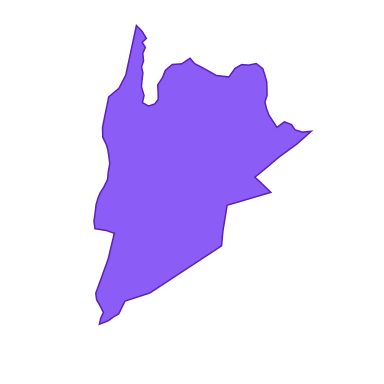 the district of Forquetinha, Rio Grande do Sul, Brazil, rotated 103°
{"feature_id": "56859067B13427255832164", "entity_name": "Forquetinha", "entity_type": "district", "adm_level": 2, "iso_a3": "BRA", "parent_name": "Brazil", "parent_adm1": "Rio Grande do Sul", "projection": "orthographic", "projection_center": [-52.137, -29.38], "detail": "fine", "context": "isolated", "style": "filled", "palette": "violet", "viewbox_px": 384, "rotation_deg": 103, "n_neighbors": 0, "source": "geoboundaries", "source_scale": "gbopen_adm2", "svg_char_len": 1262}
<svg xmlns="http://www.w3.org/2000/svg" viewBox="0 0 384 384"><g transform="rotate(103 192 192)"><path d="M55.9,150.8L52.4,158.3L55.6,165.3L56.7,172.3L61.7,177.8L71.6,181.9L73.0,194.5L70.7,202.2L68.3,210.6L66.3,218.4L62.1,224.0L69.4,230.8L72.2,239.9L79.4,245.3L87.3,246.5L95.4,249.5L102.3,247.5L109.4,245.7L114.7,248.2L118.0,253.7L116.1,260.4L108.9,260.4L100.9,264.9L94.1,265.9L87.1,266.6L81.6,269.3L75.2,268.7L68.0,271.1L61.6,270.0L57.4,274.2L52.6,271.0L46.7,276.7L42.3,283.6L92.9,282.8L107.4,286.5L118.0,294.5L135.9,294.1L149.3,293.7L158.9,291.2L164.8,286.3L169.8,283.5L175.2,281.3L182.9,278.5L191.4,278.1L198.7,277.1L207.1,279.0L213.5,281.3L219.0,282.2L225.8,282.6L234.8,281.6L242.4,281.0L249.6,278.3L248.8,266.8L249.7,258.4L275.9,258.6L281.5,259.2L288.5,260.1L297.5,261.1L305.1,262.1L312.3,263.0L318.5,260.7L323.5,256.0L329.4,251.2L335.3,252.5L341.7,252.5L336.2,244.5L331.1,240.2L327.3,236.0L313.4,232.8L299.8,210.3L237.8,151.1L223.0,153.1L197.0,154.8L174.6,115.1L166.8,128.1L163.4,134.1L152.2,125.4L138.5,115.2L121.4,100.4L106.0,89.5L108.8,97.8L108.3,105.5L104.0,110.1L102.8,117.7L109.9,123.8L104.9,129.0L99.8,134.3L94.0,138.2L87.8,141.2L81.1,140.6L74.9,142.1L67.9,144.0L61.7,147.3L55.9,150.8Z" fill="#8b5cf6" stroke="#5b21b6" stroke-width="1.5"/></g></svg>